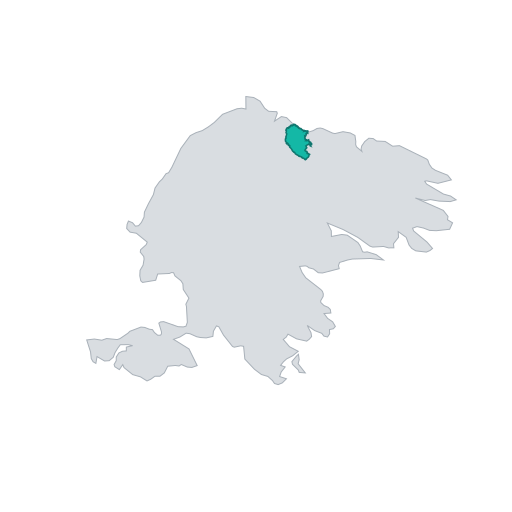 Portlaw-Kilmacthomas Lea-5, Waterford, Ireland (highlighted), rotated 221°
{"feature_id": "5873133B10835743668931", "entity_name": "Portlaw-Kilmacthomas Lea-5", "entity_type": "district", "adm_level": 2, "iso_a3": "IRL", "parent_name": "Ireland", "parent_adm1": "Waterford", "projection": "orthographic", "projection_center": [-7.459, 52.233], "detail": "fine", "context": "in_parent", "style": "filled", "palette": "teal", "viewbox_px": 512, "rotation_deg": 221, "n_neighbors": 0, "source": "geoboundaries", "source_scale": "gbopen_adm2", "svg_char_len": 8388}
<svg xmlns="http://www.w3.org/2000/svg" viewBox="0 0 512 512"><g transform="rotate(221 256 256)"><path d="M314.6,95.7L305.9,101.9L304.5,104.3L302.0,113.7L301.8,116.4L296.2,126.9L293.1,129.1L288.4,130.8L285.8,132.5L282.5,131.6L278.2,131.7L276.1,133.6L276.2,135.0L277.5,136.7L285.3,141.6L284.8,143.6L282.6,145.9L268.5,151.5L264.3,154.8L262.8,157.1L264.3,160.9L275.4,172.3L277.3,173.6L279.0,180.2L288.9,183.0L293.0,187.1L296.5,188.1L304.1,187.8L307.2,189.3L308.9,188.1L309.9,186.0L318.4,177.9L315.8,171.9L324.3,161.6L326.7,161.7L330.7,164.8L334.1,169.1L335.2,175.0L338.4,180.2L340.4,182.0L345.9,183.0L347.2,185.0L346.3,192.6L347.2,195.1L361.2,194.7L366.7,191.4L371.6,191.9L374.0,195.2L375.2,198.7L371.0,200.1L366.6,199.4L364.5,201.8L364.5,206.2L366.0,211.9L369.0,215.9L371.5,225.0L373.7,235.0L376.8,241.1L377.6,248.7L377.2,252.4L377.9,259.1L376.6,261.5L377.7,267.8L383.3,287.9L384.6,303.7L382.2,309.7L378.8,315.4L376.7,322.1L375.1,329.4L374.2,341.0L366.9,354.7L363.7,358.2L360.0,360.3L368.3,369.7L361.7,374.1L354.5,375.5L346.4,373.2L341.4,373.5L335.0,378.5L333.6,377.7L330.5,369.9L328.3,377.9L323.7,380.5L315.7,380.0L302.4,382.2L297.3,384.5L295.1,388.1L293.6,392.3L291.5,394.7L289.1,396.0L278.8,399.0L276.7,400.2L271.9,406.9L265.6,410.7L260.4,411.9L255.8,407.9L253.9,405.5L251.8,404.3L244.7,404.4L246.9,405.7L248.4,408.4L249.0,413.7L248.1,418.9L244.6,421.5L240.4,421.9L233.7,427.2L224.9,428.5L220.1,433.4L190.9,441.1L189.3,441.1L185.3,438.9L181.0,437.8L176.7,438.4L164.4,442.7L158.5,441.6L166.4,430.2L176.6,424.6L177.7,423.1L174.4,422.2L155.2,425.7L148.5,428.9L141.8,429.7L145.1,424.5L153.9,417.5L161.4,413.0L164.7,408.9L173.8,404.3L144.6,413.3L137.0,411.8L135.3,409.0L129.4,410.0L127.4,403.2L136.5,393.4L141.8,389.2L147.9,387.0L153.8,383.8L156.1,379.7L153.4,378.3L136.0,378.7L127.7,377.5L128.3,374.2L130.0,370.7L138.8,364.7L143.5,363.9L147.7,364.7L154.9,368.6L164.7,367.7L160.7,363.6L160.3,355.5L157.3,352.6L161.4,349.0L166.0,346.9L173.8,339.3L176.5,338.2L191.5,336.8L207.7,333.1L223.8,327.7L215.7,324.4L211.9,320.2L205.4,328.5L200.8,331.6L187.9,333.0L183.9,331.9L178.3,329.1L176.5,330.1L174.8,332.1L166.1,335.9L157.2,336.6L167.8,329.4L181.3,316.9L184.3,313.0L188.7,306.0L187.5,302.9L184.9,301.0L194.7,286.8L198.1,284.2L204.1,283.9L208.6,281.7L210.5,281.8L212.3,280.9L216.3,276.7L210.4,273.8L204.2,272.2L185.1,273.2L182.6,272.9L180.3,271.5L178.8,269.5L177.8,264.5L176.5,263.4L172.2,263.2L167.9,264.6L164.9,264.4L162.1,262.1L166.9,257.2L161.0,255.9L154.9,256.6L149.9,254.9L149.9,251.8L152.3,248.7L149.4,245.6L148.9,241.8L152.2,240.1L155.6,240.8L162.8,238.2L171.8,237.2L164.2,234.2L161.2,231.7L161.2,228.1L161.9,225.0L171.0,220.1L180.6,218.0L180.0,214.6L180.7,210.9L171.2,209.5L161.6,211.8L162.9,204.7L165.4,198.4L165.9,194.1L165.7,189.6L161.2,191.4L160.9,185.0L159.1,180.5L152.5,183.3L152.9,177.5L154.9,173.5L158.4,171.9L161.7,172.8L168.0,172.9L174.2,170.1L182.9,169.5L196.8,170.9L206.1,179.7L208.6,178.2L212.6,172.9L214.4,172.3L228.7,175.0L237.6,178.2L240.0,177.3L238.8,171.3L235.8,167.0L239.8,161.6L244.5,158.0L247.7,156.2L254.9,154.0L258.1,151.9L260.3,144.9L263.6,139.0L245.6,141.9L228.5,134.7L231.3,129.8L235.0,127.1L241.2,125.1L241.9,122.5L245.1,120.4L250.3,114.9L248.5,107.6L249.6,102.3L253.4,98.9L254.6,93.9L256.3,90.2L263.9,89.0L271.2,85.6L282.4,85.2L285.3,86.6L284.6,80.6L289.9,79.8L291.9,81.0L292.8,85.3L295.2,88.1L295.9,92.8L294.3,96.5L291.6,99.3L294.1,102.2L290.3,107.4L294.4,105.2L300.2,100.0L299.9,95.9L299.0,90.6L297.3,85.9L298.1,80.7L301.4,77.4L310.0,75.8L306.4,69.9L309.6,69.3L313.0,70.5L318.0,75.1L328.7,81.6L323.5,87.3L317.1,91.3L314.6,95.7ZM159.8,207.0L159.5,209.7L155.4,206.1L153.5,202.3L142.1,200.1L147.0,196.5L149.3,197.7L157.4,198.2L159.6,199.8L159.8,207.0Z" fill="#d9dde1" stroke="#a8b0b8" stroke-width="1"/><path d="M306.4,360.9L306.5,361.0L306.3,361.2L306.2,361.1L306.3,361.4L306.3,361.5L306.2,361.6L306.4,361.7L306.3,361.9L305.2,361.7L304.3,361.4L303.9,361.0L303.6,361.3L302.9,361.4L302.6,361.2L302.6,360.7L302.1,360.3L301.4,360.2L301.0,360.3L299.9,360.1L299.6,360.0L298.8,359.9L298.4,359.7L298.0,359.4L297.6,359.3L296.9,359.2L296.3,359.3L295.8,359.1L295.2,359.2L295.1,359.5L294.7,359.5L293.2,358.9L292.5,359.1L291.8,359.1L291.7,359.1L291.5,359.3L291.3,359.4L290.6,359.4L290.2,359.6L289.9,359.6L289.5,359.4L289.3,359.4L288.7,359.6L288.8,359.9L288.7,360.0L288.3,360.0L287.6,360.3L287.0,360.4L287.0,360.5L286.8,360.6L286.6,360.7L286.2,360.7L286.1,360.3L285.8,360.3L284.9,360.5L284.8,360.8L284.1,361.1L283.5,361.0L282.4,360.9L281.9,361.0L281.8,361.3L282.0,361.8L282.0,362.1L281.9,362.2L281.6,362.3L281.7,362.7L281.8,363.2L281.6,364.0L281.6,364.5L281.4,365.0L281.5,365.4L281.5,365.6L281.6,365.9L281.7,366.1L281.9,366.2L282.0,366.4L282.1,366.8L282.2,367.0L282.3,367.4L282.2,367.6L282.3,367.6L282.5,367.5L282.6,367.8L282.8,367.7L283.0,367.7L283.3,367.7L283.7,367.6L284.1,367.3L284.3,367.4L284.3,367.2L284.8,367.3L284.9,367.1L285.4,367.6L285.5,367.9L285.9,368.2L286.5,368.3L286.9,367.8L287.2,367.8L287.5,367.6L288.1,367.8L288.3,367.8L288.5,368.1L288.6,368.5L288.7,368.9L288.7,369.0L288.7,369.3L288.6,369.6L288.8,370.1L288.6,370.6L288.7,371.0L288.9,371.2L289.3,371.1L289.7,371.4L290.4,371.7L290.3,371.8L290.4,372.2L290.3,373.3L290.2,373.4L290.1,373.5L290.1,373.8L289.9,374.1L289.7,374.3L289.6,374.5L289.1,375.0L289.3,375.2L289.2,375.3L289.3,375.4L289.2,375.4L288.8,375.4L288.7,375.6L288.6,375.4L288.2,375.6L287.6,375.2L287.6,374.9L287.4,374.9L287.3,374.7L287.0,374.8L287.4,374.9L287.4,375.3L287.4,375.5L287.3,376.3L287.1,376.5L287.5,377.2L288.1,377.3L288.5,377.2L288.9,377.5L289.2,377.6L289.2,377.4L289.3,377.3L289.6,377.3L290.0,377.0L290.4,377.4L291.0,377.5L291.4,377.2L291.6,377.3L291.8,377.4L292.0,377.8L292.5,378.2L293.0,376.8L293.0,376.7L293.1,376.4L293.7,376.0L293.4,376.8L293.7,377.0L293.9,377.0L294.6,376.7L295.5,376.3L296.0,376.5L296.3,376.9L296.2,377.1L296.4,377.3L296.5,377.4L297.0,377.4L297.2,377.6L297.4,377.9L297.3,378.0L297.6,378.6L297.8,378.7L297.2,378.9L297.2,379.0L297.3,379.4L297.6,379.6L297.5,379.9L297.7,380.0L297.8,380.4L297.8,380.8L298.0,380.8L298.3,381.0L298.2,381.2L298.1,381.3L298.3,381.5L298.5,381.6L298.4,382.0L298.2,382.0L298.0,382.4L297.8,382.5L298.1,382.6L298.3,382.8L298.5,382.9L298.5,383.1L298.2,383.2L298.3,383.4L298.3,383.5L298.2,383.7L298.3,383.8L298.7,384.1L298.8,384.1L299.0,384.1L299.3,384.1L299.4,383.8L299.5,383.7L299.5,383.8L299.6,383.7L299.8,383.7L299.7,383.7L299.8,383.5L300.0,383.4L299.9,383.4L300.0,383.3L300.1,383.2L300.1,383.3L300.3,383.3L300.5,383.2L300.8,383.0L300.8,382.9L300.7,382.7L300.9,382.6L301.1,382.5L301.1,382.3L301.3,382.0L301.3,382.5L301.7,382.2L301.8,382.3L301.9,382.1L302.0,382.2L302.3,381.8L302.5,381.7L302.7,381.8L302.8,381.7L303.0,381.6L303.3,381.5L303.5,381.6L303.9,381.5L304.3,381.5L304.5,381.3L304.9,381.5L305.0,381.5L305.3,381.5L305.5,381.6L305.6,381.4L305.9,381.5L305.8,381.4L306.2,381.2L306.3,381.1L306.4,380.9L306.5,380.8L306.6,380.7L307.1,380.6L307.1,380.8L307.4,380.7L307.4,380.8L307.6,380.7L307.7,380.8L307.8,380.7L308.1,380.7L308.4,380.7L308.6,380.8L308.8,380.9L309.0,380.8L309.3,381.0L309.4,380.8L309.5,380.8L309.4,380.6L309.6,380.6L309.6,380.8L309.8,380.9L310.0,380.9L310.3,381.0L310.2,381.1L310.3,381.1L310.2,381.2L310.3,381.2L310.5,381.1L310.4,381.0L310.6,380.8L310.5,380.7L311.0,380.4L311.0,380.5L311.2,380.4L311.7,380.5L311.8,380.5L312.0,380.6L312.3,380.5L312.5,380.6L312.5,380.8L312.7,380.7L313.1,380.8L313.2,380.7L313.3,380.5L313.4,380.4L313.4,380.1L313.6,380.1L313.9,380.1L314.0,380.0L314.1,379.9L314.1,379.6L314.0,379.3L313.8,379.2L314.0,378.9L314.1,378.6L313.9,378.7L314.0,378.5L313.9,378.5L313.9,378.3L314.0,378.3L314.4,378.5L314.5,378.1L314.9,378.0L314.9,377.7L315.2,377.9L315.5,377.3L315.4,377.1L315.5,376.8L315.4,376.5L315.5,375.9L315.3,376.0L315.2,376.0L315.2,375.9L315.1,375.7L315.4,375.6L315.5,375.3L315.8,375.1L315.8,374.8L315.6,374.6L315.3,374.5L315.3,374.3L315.4,374.2L315.2,373.8L316.1,373.4L316.3,373.5L316.4,373.4L316.5,373.3L316.6,372.9L316.5,372.7L316.5,372.1L316.4,371.8L316.2,371.7L315.9,371.3L316.0,371.2L315.9,371.1L316.0,371.0L315.9,370.9L316.0,370.7L315.9,370.5L315.5,370.6L315.0,370.2L314.8,369.9L314.4,369.0L314.3,368.8L313.9,368.6L313.1,368.5L312.8,368.2L312.1,366.7L311.7,366.1L311.6,365.9L311.7,365.6L311.6,365.4L311.3,365.1L311.0,365.0L310.6,364.7L310.7,364.0L310.7,363.9L310.6,363.6L310.1,363.0L309.9,363.0L309.6,362.7L309.3,362.3L309.3,362.1L307.4,361.6L307.3,361.2L307.2,361.0L306.4,360.9Z" fill="#14b8a6" stroke="#0f766e" stroke-width="1.5"/></g></svg>